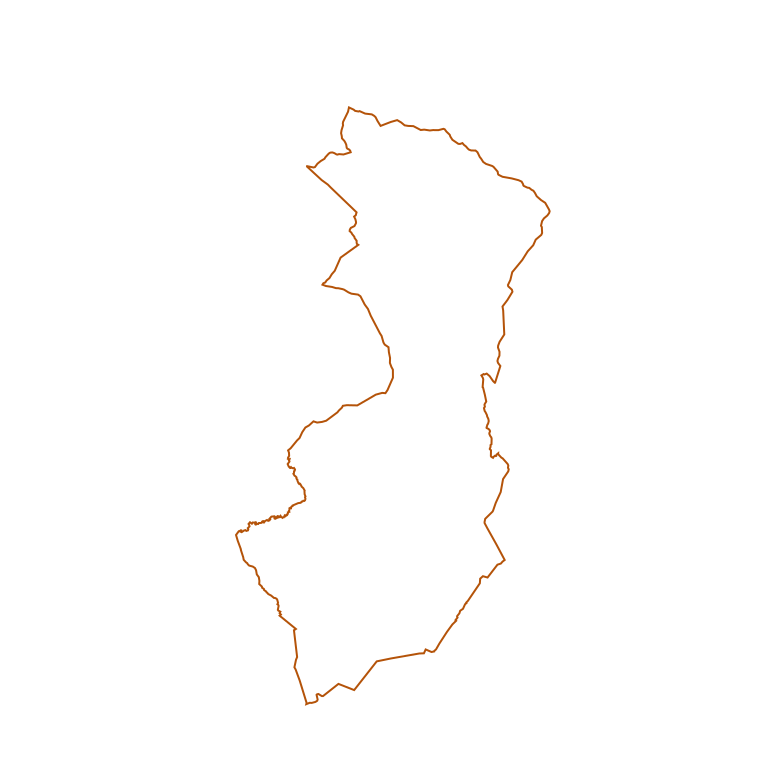 the district of Marginea, Suceava, Romania, rotated 149°
{"feature_id": "2599482B12450420529087", "entity_name": "Marginea", "entity_type": "district", "adm_level": 2, "iso_a3": "ROU", "parent_name": "Romania", "parent_adm1": "Suceava", "projection": "orthographic", "projection_center": [25.809, 47.767], "detail": "fine", "context": "isolated", "style": "outline", "palette": "amber", "viewbox_px": 768, "rotation_deg": 149, "n_neighbors": 0, "source": "geoboundaries", "source_scale": "gbopen_adm2", "svg_char_len": 6166}
<svg xmlns="http://www.w3.org/2000/svg" viewBox="0 0 768 768"><g transform="rotate(149 384 384)"><path d="M271.6,639.1L274.6,635.9L284.0,629.8L285.2,628.4L285.8,626.9L289.6,623.5L291.6,621.1L292.5,618.3L293.5,616.2L292.8,612.9L292.8,611.0L293.1,608.6L294.3,605.7L294.2,604.6L293.2,603.1L292.8,601.5L293.2,599.8L300.5,601.6L304.1,604.2L305.7,604.6L306.5,605.3L307.6,607.4L308.9,609.0L310.4,609.8L311.6,610.1L313.3,609.8L317.6,608.5L319.0,607.7L323.4,607.7L327.6,607.1L331.5,605.5L332.9,605.9L337.7,610.3L338.0,610.0L332.4,590.9L329.4,583.8L328.5,580.0L319.1,545.3L321.3,543.2L323.4,542.9L323.7,539.8L324.6,537.1L325.3,536.2L328.0,534.6L332.0,534.9L333.7,534.0L334.7,532.8L334.0,530.5L334.1,529.1L333.6,525.5L334.0,524.4L333.7,520.8L334.6,519.4L335.1,518.0L334.4,516.5L356.1,514.7L367.9,506.4L372.2,505.0L376.2,502.9L379.9,502.3L382.0,501.3L384.1,501.6L385.6,500.8L383.3,497.9L378.5,493.9L375.8,490.9L373.8,489.6L370.7,486.7L369.6,485.4L367.3,480.9L365.4,478.2L360.2,474.0L359.0,471.3L359.6,462.1L359.1,456.6L360.2,449.4L361.4,429.5L361.3,426.5L363.1,419.8L363.1,417.4L361.2,413.2L363.4,408.8L365.4,403.2L368.1,399.0L368.9,394.6L369.0,391.7L373.1,384.8L384.1,377.0L387.5,375.4L390.1,377.3L396.5,379.1L417.9,379.4L426.8,385.0L430.5,386.5L432.3,385.4L436.4,384.5L438.5,383.7L452.4,382.3L456.6,383.4L461.2,385.4L463.7,388.3L469.7,387.1L473.8,387.2L478.9,384.8L484.2,381.2L487.6,380.4L497.1,377.0L500.4,376.5L500.8,374.1L502.3,371.3L504.1,370.3L504.1,369.7L504.9,369.3L504.6,368.7L504.7,368.1L503.9,368.0L504.8,367.2L505.0,366.2L507.8,365.0L508.2,362.1L507.7,361.4L507.9,360.8L507.7,360.3L507.3,360.1L506.5,360.5L506.4,359.9L505.3,358.5L504.4,358.4L504.3,356.6L505.3,355.6L506.0,355.6L507.2,353.9L507.9,353.7L507.9,351.5L507.4,350.5L507.1,349.0L507.6,348.5L507.8,347.2L507.5,346.7L508.0,345.7L508.4,343.0L508.2,342.0L507.5,342.1L507.3,341.5L507.3,339.3L507.5,338.6L506.8,336.3L506.9,333.5L507.3,333.2L508.8,330.4L509.2,328.1L510.0,327.7L510.5,326.0L511.6,325.0L512.5,324.8L513.3,325.5L514.5,325.2L515.1,325.6L516.6,325.1L518.9,326.1L524.9,326.9L525.3,326.4L526.2,326.6L527.1,326.2L527.6,325.5L528.2,326.2L529.1,326.2L529.7,324.9L530.9,324.2L531.0,323.2L532.5,323.5L532.8,322.8L533.6,322.2L534.3,322.2L534.1,321.8L534.7,321.5L535.2,321.7L536.6,321.4L536.9,322.4L538.5,321.3L539.3,321.7L539.9,321.6L540.0,322.2L540.6,322.6L540.6,324.2L541.9,323.6L543.2,324.0L542.4,324.8L543.3,325.6L543.9,325.4L544.0,324.7L544.4,324.3L546.7,324.5L547.1,325.0L547.0,325.5L545.7,325.8L546.0,327.0L548.8,328.3L551.8,327.4L551.9,326.9L551.5,326.5L552.4,326.1L552.8,326.6L553.8,326.4L554.3,327.7L556.4,327.8L558.3,327.1L558.5,327.4L558.1,328.6L558.8,328.9L559.4,328.8L559.8,328.1L560.9,328.2L562.9,329.3L563.9,328.8L564.6,329.4L566.3,329.5L566.6,330.0L566.5,330.4L566.1,331.0L565.1,331.2L565.1,331.6L566.8,332.1L567.9,332.9L569.2,332.3L570.1,334.5L572.2,333.8L572.2,332.4L572.6,331.2L575.0,330.6L575.1,329.4L576.0,328.6L577.7,329.0L578.0,330.1L579.4,330.5L582.3,330.3L582.8,331.0L582.0,331.3L581.7,332.0L582.3,332.4L583.0,332.2L584.3,332.6L588.6,330.8L590.1,325.0L591.8,316.0L592.1,315.7L593.9,308.0L594.8,305.6L594.1,302.1L593.5,300.8L593.6,299.7L593.1,297.8L590.5,295.1L589.4,292.7L589.6,290.2L591.1,286.3L590.8,282.9L592.2,279.4L594.0,276.8L593.0,273.3L593.4,272.0L592.5,270.3L592.9,269.1L591.9,266.9L592.0,265.8L591.6,265.3L591.4,263.6L589.7,260.8L588.5,257.3L587.6,256.7L586.7,255.3L586.6,254.2L587.5,251.0L588.8,250.1L588.4,249.3L588.6,248.1L591.3,245.1L591.3,244.3L590.1,242.2L591.5,241.4L591.1,239.5L592.8,239.2L585.7,219.4L588.0,219.3L599.1,194.7L601.5,192.9L606.7,187.3L606.8,184.7L609.0,173.2L614.6,150.5L615.5,149.6L611.8,149.0L610.3,147.9L606.5,146.8L604.4,146.9L603.4,147.7L601.9,152.3L601.2,152.5L599.9,152.1L598.0,148.5L597.0,147.9L577.5,150.4L567.2,137.0L533.1,150.0L519.5,145.2L492.5,134.8L488.5,132.6L485.0,135.0L481.3,129.8L478.7,128.9L478.4,129.3L476.1,129.7L470.2,133.0L457.7,139.1L449.2,142.7L444.1,143.9L444.3,144.8L441.3,145.9L441.2,146.9L440.8,147.4L437.5,148.6L435.5,150.4L432.1,150.6L427.9,153.5L426.2,153.7L426.1,154.3L423.8,154.9L404.5,163.8L401.8,167.6L398.2,168.3L394.9,164.8L379.8,170.7L376.3,169.9L373.9,170.7L371.2,171.0L370.3,188.3L369.7,207.4L369.4,213.0L368.9,213.9L366.7,216.3L356.7,218.7L355.7,219.3L349.5,224.5L339.6,231.3L330.9,241.2L322.5,245.1L321.0,246.7L320.9,248.3L319.4,250.2L319.2,251.7L320.6,259.2L321.3,260.4L322.3,265.0L321.8,265.8L323.9,265.5L324.8,264.6L325.9,265.3L326.2,265.0L327.6,265.3L328.6,264.6L329.5,266.2L329.5,267.2L326.4,272.1L326.9,273.6L326.7,274.0L325.1,275.2L324.1,276.8L322.9,277.0L319.9,281.7L319.5,283.0L319.7,284.4L319.5,286.6L319.1,287.6L317.5,288.8L317.2,289.8L317.5,291.6L318.7,293.4L318.6,293.8L316.2,296.0L315.3,296.3L313.3,298.3L312.5,300.5L312.3,303.0L311.8,304.3L311.5,307.6L311.6,309.0L310.7,311.9L309.2,312.6L308.6,314.4L307.9,315.0L305.4,316.3L303.1,322.8L300.9,330.0L301.1,330.5L296.5,336.9L296.1,338.4L296.1,341.2L293.5,341.2L293.2,340.5L290.6,340.0L289.4,336.4L289.0,330.3L288.4,328.0L288.1,327.9L275.0,339.5L275.4,343.4L274.9,345.3L273.3,346.9L270.5,348.8L268.4,352.1L267.5,356.6L266.4,358.1L263.1,360.7L255.4,364.5L244.0,385.6L242.5,389.4L235.0,392.4L226.4,396.9L225.8,399.0L227.2,403.7L226.8,405.0L222.1,408.1L216.5,413.8L201.6,419.1L192.5,423.7L184.6,426.1L179.6,429.6L172.4,430.8L170.7,432.0L167.9,437.2L167.9,438.8L164.6,442.2L161.6,443.6L157.2,444.3L154.4,445.5L153.0,446.8L152.7,448.7L152.5,456.3L154.6,460.6L156.4,466.2L156.2,470.1L156.4,472.7L157.5,474.5L158.5,477.3L159.9,478.4L162.1,481.7L162.3,482.4L161.9,483.5L161.8,486.6L163.7,489.4L168.7,494.5L175.7,500.6L178.1,504.4L178.1,505.3L177.2,507.5L178.3,513.8L179.0,515.2L183.2,520.1L184.6,523.2L184.7,527.2L185.0,529.2L184.5,534.5L184.9,535.8L185.3,537.0L188.9,539.2L190.4,541.0L190.9,542.5L191.4,545.5L192.3,547.7L192.7,550.1L195.2,550.6L196.6,551.6L199.6,558.1L199.7,562.0L199.3,563.8L200.5,568.2L200.8,571.1L201.6,572.1L206.7,573.6L211.2,576.4L214.1,577.7L218.5,581.3L221.7,582.8L226.0,589.9L230.4,592.8L233.1,595.1L234.6,599.4L236.8,603.4L243.2,605.1L254.0,607.0L254.1,612.8L253.8,617.1L254.3,618.9L255.6,621.4L260.9,625.5L264.4,630.5L265.5,630.7L268.1,633.0L268.7,634.8L271.6,639.1Z" fill="none" stroke="#b45309" stroke-width="2"/></g></svg>